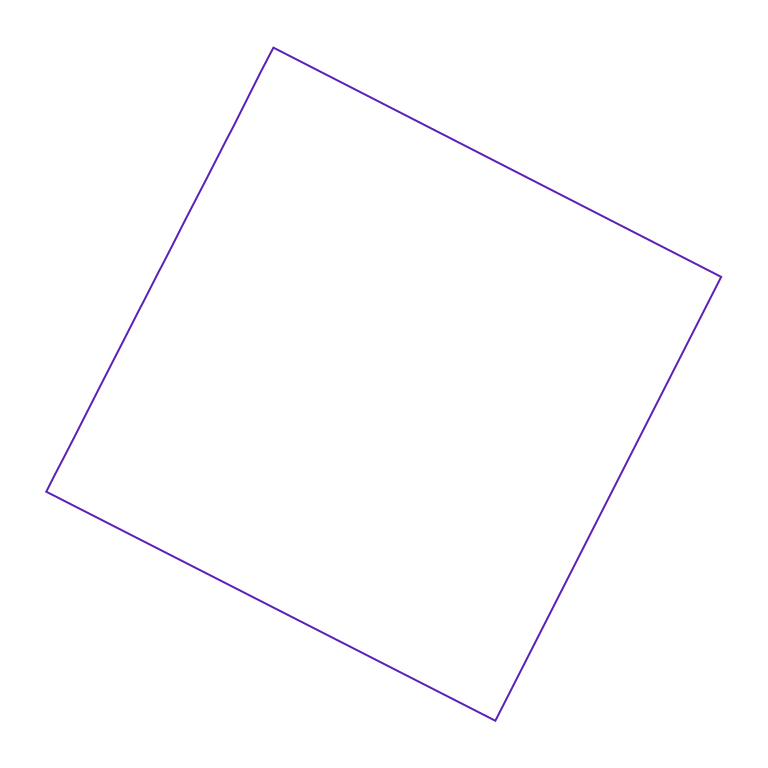 Nuckolls, Nebraska, United States of America (Equal Earth projection), rotated 117°
{"feature_id": "52423323B36699675108240", "entity_name": "Nuckolls", "entity_type": "district", "adm_level": 2, "iso_a3": "USA", "parent_name": "United States of America", "parent_adm1": "Nebraska", "projection": "equal_earth", "projection_center": [-98.046, 40.176], "detail": "fine", "context": "isolated", "style": "outline", "palette": "violet", "viewbox_px": 768, "rotation_deg": 117, "n_neighbors": 0, "source": "geoboundaries", "source_scale": "gbopen_adm2", "svg_char_len": 478}
<svg xmlns="http://www.w3.org/2000/svg" viewBox="0 0 768 768"><g transform="rotate(117 384 384)"><path d="M135.5,132.2L134.5,635.2L140.8,635.3L160.9,635.5L223.2,635.1L238.9,635.3L246.6,635.3L263.6,635.3L280.0,635.3L326.7,635.6L352.7,635.5L360.8,635.5L381.4,635.6L384.2,635.7L420.7,635.7L425.3,635.8L467.2,635.8L511.7,635.9L573.0,635.8L593.7,635.9L614.7,636.1L633.2,636.0L633.3,636.0L633.5,131.9L629.9,131.9L135.5,132.2Z" fill="none" stroke="#5b21b6" stroke-width="2"/></g></svg>